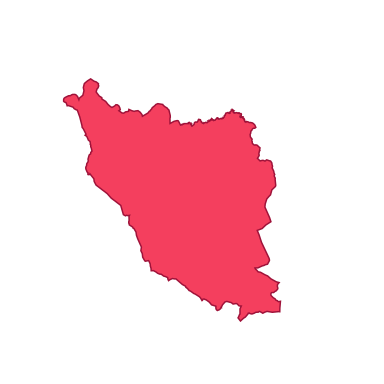 Upper West Akim, Eastern, Ghana (Mercator projection), rotated 64°
{"feature_id": "2480657B98999442599484", "entity_name": "Upper West Akim", "entity_type": "district", "adm_level": 2, "iso_a3": "GHA", "parent_name": "Ghana", "parent_adm1": "Eastern", "projection": "mercator", "projection_center": [-0.558, 5.807], "detail": "fine", "context": "isolated", "style": "filled", "palette": "rose", "viewbox_px": 384, "rotation_deg": 64, "n_neighbors": 0, "source": "geoboundaries", "source_scale": "gbopen_adm2", "svg_char_len": 6080}
<svg xmlns="http://www.w3.org/2000/svg" viewBox="0 0 384 384"><g transform="rotate(64 192 192)"><path d="M130.9,277.7L131.4,276.4L130.9,275.8L137.1,274.4L139.7,275.3L143.7,275.2L156.3,268.9L162.1,267.3L172.8,261.9L182.3,263.6L184.3,262.2L184.2,261.1L185.1,260.0L185.6,258.4L186.3,259.3L190.2,261.1L190.6,261.6L192.2,262.5L192.8,262.3L194.0,262.8L197.5,260.7L198.7,260.8L199.3,260.2L203.5,259.9L206.6,260.9L210.3,261.3L219.3,261.6L222.4,263.7L225.6,263.7L229.0,264.9L232.2,264.7L233.7,264.4L234.6,261.2L235.3,261.0L238.3,261.1L240.3,261.9L242.7,262.3L244.9,263.2L245.8,261.1L248.0,259.5L250.0,258.5L251.6,257.1L252.4,255.7L255.2,254.3L256.3,253.0L258.2,251.4L260.0,251.9L261.4,251.9L261.1,250.3L261.2,247.5L262.4,245.9L263.1,244.5L270.9,241.2L273.9,239.1L275.0,239.3L276.7,238.4L279.3,237.8L280.4,236.8L284.0,234.9L285.1,233.9L289.3,231.3L290.8,230.8L294.0,230.6L293.9,230.0L293.1,229.2L293.2,228.9L293.5,228.0L294.6,227.2L294.8,226.7L298.6,224.7L302.0,223.9L305.1,220.6L307.0,221.5L308.3,221.7L309.6,221.2L309.8,219.2L309.4,217.6L308.7,216.8L308.9,216.3L308.2,216.2L308.1,215.7L306.8,214.1L305.3,210.5L305.6,208.7L308.6,205.2L310.7,204.2L311.6,201.2L312.3,200.5L315.0,199.6L316.1,197.7L318.1,200.1L322.8,202.4L322.9,202.9L324.5,204.7L325.3,205.8L329.2,205.0L328.0,200.9L327.8,198.9L326.1,195.0L325.6,194.6L325.9,193.6L326.7,193.2L327.9,191.6L328.2,189.5L328.1,187.4L329.1,184.9L328.8,183.9L329.4,183.2L332.0,181.5L331.9,179.3L332.2,176.9L335.3,172.5L337.4,166.8L338.1,165.6L334.8,163.9L329.0,160.4L328.5,162.3L328.0,162.7L327.1,162.9L326.2,163.9L324.3,164.2L322.7,165.3L320.1,166.2L319.4,166.3L318.6,166.0L317.8,165.5L317.3,164.6L317.5,164.0L318.1,162.9L318.1,162.4L317.7,161.0L317.8,159.9L316.9,157.7L316.1,157.0L314.4,156.7L313.0,156.0L312.6,155.6L311.6,153.4L309.7,155.6L304.7,159.1L300.6,160.8L298.4,162.7L294.2,165.6L292.7,167.6L290.5,168.1L289.3,168.7L287.9,168.7L289.1,166.0L289.2,161.5L289.6,159.3L289.5,158.0L290.0,155.8L287.6,152.5L287.1,152.2L285.4,151.8L267.7,151.6L259.8,150.5L255.1,150.2L255.6,145.0L254.0,140.0L253.3,134.1L249.0,133.5L237.5,133.1L234.8,131.4L231.0,127.8L229.6,124.5L229.0,122.7L225.1,119.3L223.6,114.6L222.7,113.8L217.2,111.8L216.0,111.1L214.2,111.2L213.4,110.9L212.7,110.4L212.5,110.0L210.7,109.9L209.0,109.4L205.5,109.4L204.1,108.3L202.6,108.1L200.9,107.5L198.6,107.8L198.0,108.6L195.9,110.7L195.8,111.1L196.2,112.1L196.1,112.9L194.9,114.0L194.4,114.9L193.9,117.2L190.4,118.4L189.0,116.1L188.3,115.4L187.1,115.3L184.6,113.3L184.5,112.8L183.8,112.7L182.1,111.5L180.1,112.4L178.8,112.7L177.6,113.9L177.5,114.7L177.0,115.5L175.5,116.2L174.4,116.4L173.2,115.8L172.3,115.8L171.6,115.5L170.9,114.8L168.2,115.4L165.8,114.6L164.9,113.5L163.1,112.4L162.9,111.4L162.2,110.6L161.7,109.7L161.7,108.7L162.2,107.6L161.9,106.3L159.2,106.2L157.2,106.9L156.2,107.6L155.2,108.9L154.6,110.2L153.7,110.7L152.7,111.9L152.8,112.5L152.4,112.4L152.2,112.6L152.6,113.1L151.9,113.7L150.2,113.5L149.9,113.1L149.4,113.3L148.9,113.0L148.6,113.1L148.5,113.7L148.1,113.8L148.0,113.5L147.7,113.5L147.2,114.1L147.0,113.9L147.1,113.3L146.9,113.1L146.7,113.3L146.3,114.6L146.3,115.7L145.9,115.9L144.9,115.7L144.8,114.6L145.1,114.3L144.5,114.1L143.8,113.5L143.1,113.5L142.6,114.5L141.9,114.7L142.1,115.2L141.8,115.4L141.4,115.3L141.1,115.8L141.3,116.2L140.2,117.1L139.9,118.5L139.3,118.9L139.6,119.4L139.4,119.6L138.9,119.4L138.6,119.8L138.2,119.9L137.7,119.4L137.3,119.6L137.4,119.2L137.2,119.0L136.8,119.4L136.5,119.4L136.7,119.0L135.3,119.7L135.8,120.3L135.6,120.8L136.2,121.0L136.4,121.4L136.8,122.5L136.8,123.1L137.8,123.3L137.8,123.8L137.3,124.1L137.3,124.4L136.3,124.8L136.0,127.1L136.5,127.4L136.8,128.2L137.2,128.3L137.7,128.8L137.7,129.7L138.7,130.1L138.9,130.9L139.2,131.3L138.8,131.5L139.3,131.9L139.3,132.5L138.9,132.7L139.2,133.2L138.5,133.9L138.4,135.8L137.7,136.0L137.7,136.4L137.2,136.7L136.6,136.4L136.4,136.7L136.4,137.4L137.0,137.8L137.0,139.1L137.6,139.8L137.3,140.4L137.3,141.1L136.7,141.1L136.6,141.6L136.2,141.5L135.9,141.8L135.3,141.8L135.3,142.2L134.6,142.3L134.9,142.8L135.8,142.9L135.8,143.2L135.3,143.7L135.9,144.3L135.8,144.5L135.0,145.1L135.6,145.6L135.3,146.2L136.0,146.0L135.9,147.2L136.3,147.8L136.3,148.3L135.6,148.7L135.3,149.3L135.5,150.3L134.9,151.0L135.5,151.6L134.6,152.5L134.0,152.5L133.4,153.0L132.8,152.6L131.3,153.2L130.7,152.8L129.6,154.1L129.9,154.7L130.8,155.5L131.1,156.3L131.4,156.5L131.4,157.0L130.6,158.2L130.6,158.6L130.8,159.4L132.2,160.6L132.8,163.2L132.5,163.3L131.9,163.0L131.2,163.2L130.8,162.8L130.7,163.4L129.9,162.9L129.9,163.6L128.9,163.5L128.2,163.9L128.1,164.9L128.9,165.3L127.0,169.3L127.3,169.9L126.9,170.5L126.8,170.9L127.3,171.5L127.2,171.8L126.8,171.9L126.8,173.0L122.1,173.1L121.3,174.0L120.6,177.1L120.8,181.7L116.3,179.6L115.2,178.7L113.6,178.0L108.2,176.8L106.6,177.4L105.7,177.5L103.4,179.0L101.2,179.9L100.5,179.9L97.6,184.0L97.5,186.1L98.1,187.6L98.8,190.8L99.6,191.8L100.3,193.5L100.7,193.9L100.7,195.0L101.7,197.0L102.2,203.4L100.7,203.0L97.6,203.6L95.2,204.9L94.3,207.6L94.2,208.6L92.6,210.4L90.1,212.5L91.7,213.7L90.8,216.8L91.1,217.7L91.1,219.1L90.2,220.3L86.9,222.1L86.6,220.4L84.7,220.0L82.6,220.0L81.0,220.8L80.2,222.1L80.8,223.9L80.9,226.9L79.4,227.9L76.5,229.1L72.7,229.9L69.0,232.2L67.6,231.7L65.1,233.3L60.1,234.3L57.9,232.4L57.2,230.8L55.7,229.3L54.7,229.3L53.6,228.6L51.1,229.8L49.4,231.5L45.9,233.5L46.3,237.2L47.1,240.5L47.5,241.4L50.5,243.9L53.6,244.7L57.2,247.7L58.3,252.2L59.4,253.2L55.9,253.0L53.6,253.8L52.9,254.6L52.0,256.4L51.9,257.5L52.1,259.0L51.4,260.8L51.4,264.5L51.7,265.9L52.4,266.7L54.1,267.6L55.1,267.3L56.3,266.1L57.8,266.1L59.8,266.4L60.0,265.4L63.4,261.9L63.9,261.6L65.4,261.4L67.3,260.1L68.2,259.2L75.5,260.0L84.1,261.8L85.8,262.4L87.4,262.0L93.3,261.9L93.8,262.1L94.1,263.2L95.7,262.3L96.9,262.2L99.9,262.4L101.9,261.5L103.9,262.1L104.7,262.6L105.4,262.4L107.0,263.2L108.2,263.2L111.4,264.0L112.0,265.6L113.3,266.4L113.5,267.9L114.3,268.8L116.9,271.1L118.1,271.4L119.0,272.0L119.7,272.8L120.2,273.9L120.9,274.5L122.0,275.1L122.8,276.2L123.7,276.9L124.8,277.3L128.0,277.5L129.4,277.1L130.2,277.8L130.9,277.7Z" fill="#f43f5e" stroke="#9f1239" stroke-width="1.5"/></g></svg>